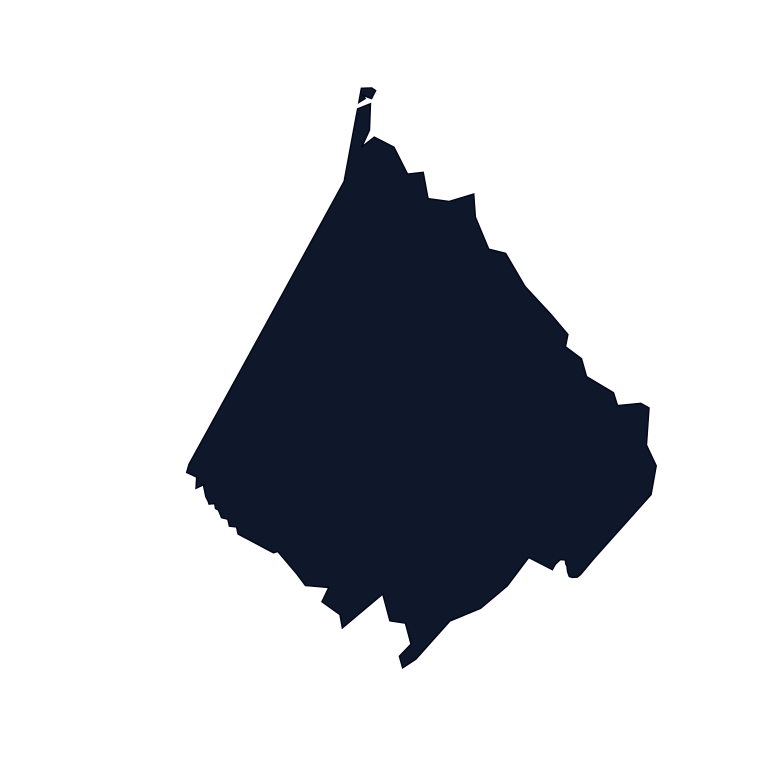 Pickens, South Carolina, United States of America, rotated 149°
{"feature_id": "52423323B51993782969568", "entity_name": "Pickens", "entity_type": "district", "adm_level": 2, "iso_a3": "USA", "parent_name": "United States of America", "parent_adm1": "South Carolina", "projection": "robinson", "projection_center": [-82.722, 34.847], "detail": "fine", "context": "isolated", "style": "filled", "palette": "ink", "viewbox_px": 768, "rotation_deg": 149, "n_neighbors": 0, "source": "geoboundaries", "source_scale": "gbopen_adm2", "svg_char_len": 1264}
<svg xmlns="http://www.w3.org/2000/svg" viewBox="0 0 768 768"><g transform="rotate(149 384 384)"><path d="M335.3,138.2L330.1,141.2L323.3,142.7L319.1,139.7L320.4,137.2L320.9,135.7L320.9,133.7L321.7,132.1L323.3,128.5L324.3,123.6L322.1,121.1L319.9,120.1L317.8,118.9L313.6,119.5L293.3,126.5L212.0,151.7L192.8,173.7L190.5,196.5L169.2,227.0L173.8,235.1L195.0,245.2L191.8,258.3L206.6,286.0L201.7,303.9L209.3,322.5L200.9,331.7L205.0,357.1L212.9,394.9L212.5,433.3L224.8,445.7L219.7,480.1L209.3,500.6L234.2,506.9L250.8,520.2L241.4,545.2L255.7,551.8L253.5,581.8L265.2,600.6L281.1,598.6L265.7,609.1L251.3,631.2L264.9,633.4L271.9,625.6L313.8,578.2L417.7,517.5L455.0,495.7L554.3,437.8L592.5,415.6L598.7,409.8L592.5,400.7L598.8,391.4L590.7,390.7L594.8,379.0L595.1,373.9L595.8,371.2L590.7,368.7L592.5,364.0L590.8,361.2L592.1,353.1L587.5,348.6L589.7,341.8L584.0,337.4L586.3,330.5L565.7,296.3L561.3,295.2L556.6,266.6L555.1,251.8L536.1,238.0L549.3,229.3L540.5,209.0L545.3,196.4L493.2,204.7L500.9,178.0L488.8,168.0L494.8,147.1L511.0,142.7L514.2,131.1L498.3,131.8L449.6,146.9L416.7,142.0L382.2,147.5L349.3,160.8L335.3,138.2ZM251.1,649.1L260.6,638.3L253.1,638.4L253.5,642.5L247.7,635.1L240.1,639.8L242.1,644.1L251.1,649.1Z" fill="#0f172a" stroke="#020617" stroke-width="1.5"/></g></svg>